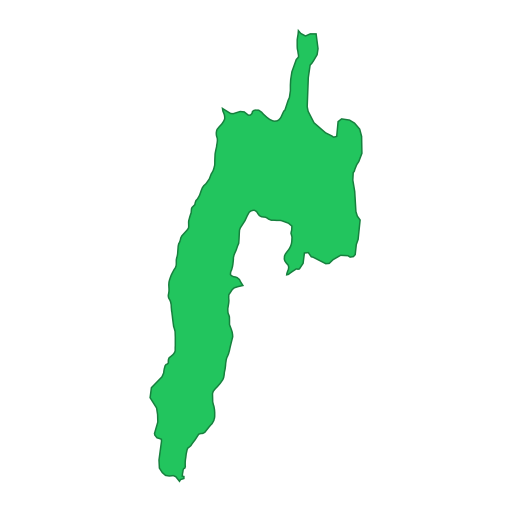 Mazatenango, Suchitepéquez, Guatemala
{"feature_id": "79465075B41985315945162", "entity_name": "Mazatenango", "entity_type": "district", "adm_level": 2, "iso_a3": "GTM", "parent_name": "Guatemala", "parent_adm1": "Suchitepéquez", "projection": "orthographic", "projection_center": [-91.525, 14.505], "detail": "fine", "context": "isolated", "style": "filled", "palette": "green", "viewbox_px": 512, "rotation_deg": 0, "n_neighbors": 0, "source": "geoboundaries", "source_scale": "gbopen_adm2", "svg_char_len": 5095}
<svg xmlns="http://www.w3.org/2000/svg" viewBox="0 0 512 512"><path d="M179.5,481.3L180.5,479.6L182.1,479.1L183.9,478.5L183.9,476.5L182.2,476.1L182.6,473.1L182.9,471.5L183.1,470.0L183.7,468.6L184.8,468.1L185.3,466.6L185.2,465.3L185.2,462.3L185.4,459.9L185.8,457.2L186.2,453.9L187.1,449.7L187.8,448.1L189.3,447.0L190.9,445.6L191.9,444.0L193.0,442.5L195.0,439.9L198.7,434.2L200.4,433.6L202.8,433.4L204.8,432.3L208.6,427.5L210.7,425.0L212.0,423.7L213.2,421.6L213.8,420.5L214.1,419.2L214.5,418.0L214.7,416.3L214.7,414.0L214.7,412.6L214.5,409.8L214.2,408.0L213.9,406.3L213.4,404.8L212.7,401.9L212.5,393.6L213.2,391.4L214.4,389.8L215.5,388.5L217.2,386.8L220.3,383.2L221.7,381.2L222.8,379.6L223.3,378.5L223.7,377.3L224.1,375.0L224.4,372.1L224.7,370.8L225.1,368.9L225.3,367.3L225.5,365.8L225.7,363.1L226.0,361.3L226.2,359.8L226.8,357.6L227.6,356.0L228.5,353.8L229.4,350.6L230.1,347.3L230.9,344.0L232.7,336.8L232.6,334.9L232.4,333.6L232.2,332.2L231.3,329.4L229.5,324.6L229.5,322.5L229.5,320.5L229.4,316.9L229.0,315.5L228.1,313.3L227.9,312.0L227.8,310.4L227.8,308.4L228.1,306.7L228.7,303.0L228.9,300.7L228.7,297.8L228.8,294.7L229.6,293.6L231.1,291.3L232.3,289.5L234.3,287.8L238.1,286.6L242.9,285.5L240.5,281.7L239.4,279.5L237.1,277.6L235.4,277.0L233.5,276.7L232.2,276.1L231.1,275.4L230.4,274.4L230.7,271.8L231.6,269.8L232.5,266.5L232.9,264.1L233.4,259.3L233.4,257.7L234.0,255.1L234.7,253.3L235.8,250.9L236.3,249.7L237.1,247.3L237.5,246.1L238.7,243.3L239.0,239.5L239.3,233.1L239.5,230.1L240.3,227.9L243.4,223.1L245.0,220.6L247.3,215.6L249.2,212.2L250.8,211.0L252.7,210.4L254.1,210.2L255.5,210.8L257.0,212.1L257.8,213.5L258.6,214.6L259.4,215.6L261.4,216.7L263.5,217.0L265.5,217.2L266.9,217.9L268.6,219.1L271.3,220.2L274.0,220.2L276.7,220.4L280.2,220.4L281.7,220.7L288.5,223.2L291.9,226.1L291.7,230.1L291.2,232.0L291.0,233.4L291.6,235.4L292.0,237.0L291.8,241.3L291.6,242.8L291.3,244.2L290.6,246.2L289.5,248.4L288.2,250.3L287.0,251.8L286.0,253.2L285.3,254.2L284.5,256.1L284.3,259.0L284.8,260.8L286.2,262.9L287.3,264.2L288.2,265.2L288.7,267.1L288.4,269.4L287.6,271.3L286.9,273.4L286.7,274.8L288.4,274.4L290.2,273.0L292.5,271.4L296.3,268.9L298.1,269.2L299.4,268.9L303.1,263.3L304.4,253.0L308.3,252.6L311.3,256.8L313.1,257.2L325.8,263.7L329.2,263.4L333.0,259.7L340.6,255.3L348.0,255.7L350.1,257.1L353.4,256.6L355.2,254.6L356.3,244.5L358.1,239.4L360.1,220.0L357.3,216.1L355.9,211.6L354.7,191.4L352.8,180.1L353.2,172.7L354.3,171.2L354.9,169.1L356.7,164.7L358.8,161.5L361.9,153.3L361.6,136.4L359.7,129.2L357.1,126.1L354.5,123.1L349.5,120.1L341.6,118.9L338.1,121.6L336.7,136.4L333.6,137.2L331.9,136.0L325.5,132.8L314.0,122.8L308.1,111.3L307.2,106.7L308.3,77.6L310.1,65.1L311.8,63.3L313.6,60.6L317.1,54.7L318.0,48.7L316.1,33.9L310.2,33.9L305.5,36.0L300.7,33.4L298.4,30.7L298.1,34.1L297.5,37.8L297.2,39.8L297.2,41.6L297.2,43.6L297.2,45.9L297.3,48.4L297.5,49.6L297.9,51.4L298.1,53.1L298.5,55.2L298.5,57.1L296.3,59.5L291.9,71.8L290.7,79.5L290.4,84.9L290.4,90.8L289.4,97.6L288.2,100.2L284.9,110.2L283.9,111.0L283.1,112.6L282.0,115.0L281.2,116.8L280.3,118.3L278.7,120.0L277.0,120.9L274.4,121.2L272.6,120.8L269.6,119.4L266.8,117.3L263.4,114.2L261.6,112.2L258.7,110.2L255.3,110.1L253.8,110.5L252.5,111.5L252.0,113.5L250.4,115.1L248.4,115.2L244.2,111.9L240.2,111.5L233.2,113.7L230.6,113.5L222.5,108.5L222.9,111.1L223.9,113.5L224.4,115.0L224.7,117.0L224.7,118.8L224.2,120.1L223.6,121.3L222.7,122.7L221.8,124.0L219.3,126.7L217.2,129.3L216.7,130.4L216.3,132.6L216.3,134.0L216.5,135.8L217.3,138.4L217.4,140.3L217.3,141.6L217.1,143.2L216.7,145.3L216.6,146.7L216.1,148.8L215.6,151.1L215.1,153.9L214.9,158.2L214.8,160.9L214.8,162.8L214.7,165.2L213.9,168.3L213.2,170.5L212.1,172.6L211.4,173.6L210.7,175.3L210.3,176.4L209.3,179.0L208.3,180.4L207.0,182.3L206.0,183.7L204.7,184.9L203.8,185.7L202.4,187.7L201.2,190.6L200.7,192.1L199.6,195.2L198.7,196.9L197.3,199.2L196.0,200.5L195.3,202.4L194.8,204.7L193.3,206.2L192.0,207.5L191.5,208.7L191.3,210.8L191.2,212.6L190.5,214.6L189.7,217.1L189.3,218.7L188.8,220.4L188.6,222.0L188.7,226.5L188.5,228.1L187.0,230.2L181.9,235.8L180.8,237.9L180.3,240.2L179.6,242.2L178.7,243.8L178.2,246.1L177.8,251.3L177.6,254.0L177.2,256.2L176.7,257.8L176.3,259.9L176.3,262.5L176.3,264.1L176.1,265.8L175.3,267.9L174.1,269.6L173.3,271.1L172.2,273.2L171.2,275.2L170.5,277.1L169.6,279.7L169.0,282.1L168.8,284.9L169.0,288.9L169.0,291.1L168.7,293.2L168.3,295.2L168.4,296.9L168.8,298.2L170.0,300.3L170.6,301.9L171.2,304.8L171.3,307.3L171.5,309.4L171.6,310.9L171.9,312.3L172.1,314.3L172.3,315.7L172.6,318.5L173.6,326.3L174.3,328.5L175.1,331.5L175.3,337.2L175.3,339.8L175.3,341.9L175.3,345.8L175.2,347.5L175.2,348.9L175.2,350.7L174.8,352.0L173.9,353.5L173.0,354.6L170.8,356.5L169.2,357.7L168.5,359.3L168.3,360.9L168.3,363.0L167.4,364.0L166.1,364.5L165.1,365.8L164.7,367.3L164.3,368.7L163.9,371.0L163.7,372.9L162.0,376.8L151.4,387.7L150.1,397.7L154.9,405.3L156.6,408.0L157.6,414.6L157.8,422.1L154.5,433.5L154.9,435.2L157.0,437.8L159.7,438.6L161.4,439.3L161.5,441.3L159.0,460.0L159.4,468.1L162.3,472.6L165.5,475.4L169.3,476.0L173.3,475.6L175.8,476.7L179.5,481.3Z" fill="#22c55e" stroke="#15803d" stroke-width="1.5"/></svg>